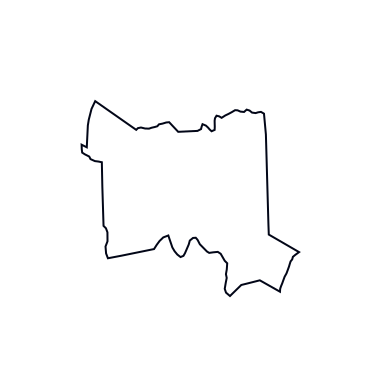 outline of Santa Luzia, Paraíba, Brazil, rotated 315°
{"feature_id": "56859067B37147580586043", "entity_name": "Santa Luzia", "entity_type": "district", "adm_level": 2, "iso_a3": "BRA", "parent_name": "Brazil", "parent_adm1": "Paraíba", "projection": "orthographic", "projection_center": [-36.906, -6.919], "detail": "fine", "context": "isolated", "style": "outline", "palette": "ink", "viewbox_px": 384, "rotation_deg": 315, "n_neighbors": 0, "source": "geoboundaries", "source_scale": "gbopen_adm2", "svg_char_len": 1624}
<svg xmlns="http://www.w3.org/2000/svg" viewBox="0 0 384 384"><g transform="rotate(315 192 192)"><path d="M147.4,80.5L144.3,83.8L142.2,86.5L142.9,89.7L143.7,92.1L144.4,94.3L143.5,97.0L145.2,101.5L147.3,104.2L149.3,107.2L142.0,114.8L132.3,124.9L105.5,153.4L105.5,156.8L103.7,160.7L97.4,167.1L92.3,169.4L87.8,174.7L85.7,179.4L97.3,187.3L124.8,205.5L129.8,204.4L134.4,203.7L139.6,203.8L144.5,206.0L142.9,209.2L140.3,214.5L138.9,217.3L137.8,221.6L137.4,225.8L137.9,229.9L140.8,231.1L143.8,230.3L152.6,226.8L156.1,224.8L160.2,225.2L162.3,227.0L162.1,229.8L160.6,234.5L160.5,244.7L161.1,247.2L164.4,249.7L167.9,252.6L168.6,256.0L166.5,263.8L166.5,267.3L161.9,271.3L157.9,274.1L155.8,277.3L151.9,279.9L146.7,283.6L144.9,287.2L145.3,292.4L161.1,292.6L167.4,296.4L177.5,302.4L183.7,324.7L185.9,322.8L188.3,321.6L191.2,320.4L193.5,319.3L197.6,317.4L201.2,316.4L204.7,314.8L207.9,313.3L209.9,312.2L212.6,310.8L215.2,310.5L217.5,309.2L220.7,309.5L225.2,310.2L216.2,276.4L222.9,269.2L284.9,203.6L298.3,187.5L297.4,184.1L295.1,182.4L292.8,181.2L290.6,178.3L290.3,175.1L288.9,172.4L285.4,172.2L283.1,169.4L282.0,166.5L280.3,164.6L276.7,163.7L273.0,162.6L269.6,161.4L265.4,160.5L264.7,157.7L263.3,155.4L260.4,156.1L258.4,157.6L255.9,160.2L254.3,161.9L251.9,164.1L248.8,162.9L248.7,160.2L248.9,157.8L248.8,154.9L247.4,151.5L245.0,152.6L242.9,153.9L239.1,152.7L224.8,139.7L225.2,126.5L222.9,124.6L219.5,122.8L216.5,120.8L214.0,121.0L211.6,119.7L208.9,118.0L206.4,116.8L203.7,113.9L201.5,110.3L198.9,108.6L196.5,108.6L187.8,59.3L179.7,62.2L170.1,67.9L165.4,71.3L149.2,86.0L147.4,80.5Z" fill="none" stroke="#020617" stroke-width="2"/></g></svg>